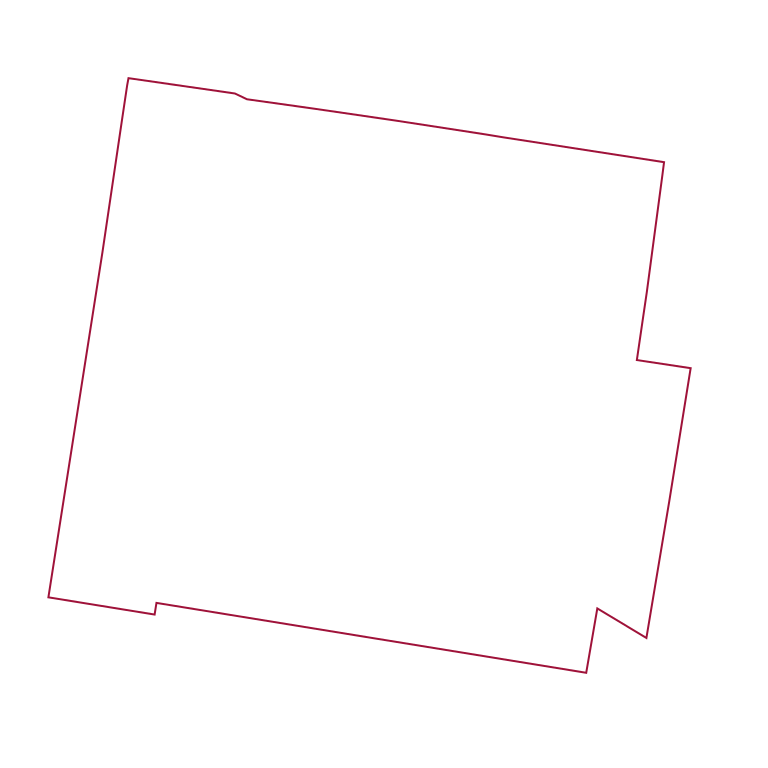 Hendricks, Indiana, United States of America (orthographic projection), rotated 279°
{"feature_id": "52423323B31792331256656", "entity_name": "Hendricks", "entity_type": "district", "adm_level": 2, "iso_a3": "USA", "parent_name": "United States of America", "parent_adm1": "Indiana", "projection": "orthographic", "projection_center": [-86.465, 39.762], "detail": "fine", "context": "isolated", "style": "outline", "palette": "rose", "viewbox_px": 768, "rotation_deg": 279, "n_neighbors": 0, "source": "geoboundaries", "source_scale": "gbopen_adm2", "svg_char_len": 449}
<svg xmlns="http://www.w3.org/2000/svg" viewBox="0 0 768 768"><g transform="rotate(279 384 384)"><path d="M174.2,682.9L312.8,684.1L447.6,684.4L447.2,630.0L488.5,629.5L515.9,629.2L633.2,626.3L646.9,625.9L646.3,463.7L646.4,445.2L646.0,353.9L645.0,272.4L643.8,204.1L647.6,191.3L646.1,83.8L638.8,83.6L604.8,83.9L470.1,85.3L120.8,85.9L120.4,193.5L132.2,193.5L130.4,628.9L195.7,629.8L174.2,682.9Z" fill="none" stroke="#9f1239" stroke-width="2"/></g></svg>